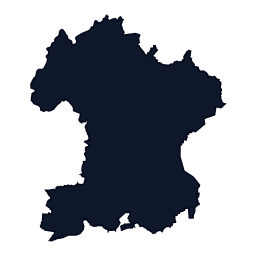 Tepatitlán de Morelos, Jalisco, Mexico
{"feature_id": "50627088B2236724736063", "entity_name": "Tepatitlán de Morelos", "entity_type": "district", "adm_level": 2, "iso_a3": "MEX", "parent_name": "Mexico", "parent_adm1": "Jalisco", "projection": "natural_earth1", "projection_center": [-102.733, 20.817], "detail": "fine", "context": "isolated", "style": "filled", "palette": "ink", "viewbox_px": 256, "rotation_deg": 0, "n_neighbors": 0, "source": "geoboundaries", "source_scale": "gbopen_adm2", "svg_char_len": 5699}
<svg xmlns="http://www.w3.org/2000/svg" viewBox="0 0 256 256"><path d="M46.4,205.0L46.5,205.6L50.1,208.1L50.3,209.2L51.7,209.3L52.1,214.4L48.8,213.0L48.2,214.5L42.9,214.1L42.4,222.1L41.5,222.4L41.6,224.2L40.6,225.6L40.7,227.0L42.0,226.7L42.4,228.6L44.2,228.7L44.9,230.0L55.2,231.6L54.5,232.8L54.5,234.1L52.6,235.7L52.3,237.3L51.9,237.2L49.5,240.5L52.5,240.6L53.7,239.4L54.5,239.7L58.5,237.9L58.9,238.3L63.2,237.4L68.2,235.0L76.2,235.0L80.2,233.3L83.2,229.4L83.7,226.2L82.6,222.4L82.9,219.7L84.2,219.9L84.6,218.8L85.3,218.5L86.0,218.8L85.6,219.5L87.5,220.4L88.6,222.2L90.1,223.2L90.3,224.6L92.1,225.5L92.8,225.3L93.2,226.1L94.3,225.5L94.7,226.2L97.7,225.7L98.3,224.9L98.9,225.4L99.6,224.9L100.0,225.7L102.1,225.5L104.4,228.1L108.1,229.8L108.3,231.2L109.1,229.9L110.8,230.3L114.1,230.0L114.3,229.3L115.4,230.5L115.4,229.5L118.3,225.7L119.9,222.7L118.8,221.1L118.4,218.7L125.9,211.9L126.1,212.4L128.3,212.5L130.3,211.9L130.1,214.3L128.1,217.9L128.3,218.7L130.0,219.9L129.2,221.0L131.1,222.3L131.0,222.9L129.7,224.5L128.2,223.9L126.7,224.4L124.7,224.1L123.9,225.3L122.5,225.3L120.9,226.3L121.6,230.2L127.4,227.9L132.2,227.8L132.5,225.8L133.5,225.8L133.4,226.6L134.2,226.8L133.9,226.3L134.0,223.9L137.3,222.5L139.4,224.6L140.1,226.4L142.5,226.0L146.8,228.7L148.1,230.1L149.5,229.8L150.3,231.2L151.4,231.6L153.1,233.4L154.0,232.7L155.1,233.0L156.4,231.4L159.2,230.3L161.0,230.6L162.2,231.5L163.1,229.3L165.1,227.2L168.3,225.9L170.0,227.1L170.5,225.2L172.0,225.6L172.3,222.7L175.3,222.3L175.6,221.5L174.9,220.2L174.7,217.3L174.2,216.7L175.0,215.7L177.0,215.1L178.1,213.0L179.3,213.2L179.4,211.9L180.4,211.8L180.7,210.9L181.8,211.4L184.5,210.2L184.4,208.5L187.5,208.2L188.0,207.6L188.6,207.7L189.3,217.9L193.0,218.0L193.5,213.3L194.2,213.1L194.6,211.7L194.8,209.0L194.3,208.2L194.7,207.7L194.3,207.5L195.7,206.8L195.5,206.2L195.9,205.7L197.3,205.6L197.4,204.8L199.1,204.4L199.1,203.5L197.6,202.2L197.9,201.3L196.9,198.7L198.5,196.5L199.0,193.4L196.8,193.7L197.6,192.5L197.4,188.7L199.2,186.3L199.5,185.0L193.1,177.0L184.0,171.1L179.9,156.6L180.0,145.3L180.6,144.5L181.5,144.7L181.8,142.2L183.2,142.5L183.5,139.4L186.3,139.9L186.6,136.6L187.0,136.7L186.3,135.1L188.6,134.2L189.0,132.1L191.2,132.4L191.2,131.4L192.3,131.5L192.4,130.5L194.5,130.7L194.4,131.6L195.5,131.6L204.6,124.0L203.8,119.2L205.3,118.0L214.6,114.8L215.8,106.7L221.2,107.6L225.1,103.9L223.4,103.6L222.0,102.3L220.5,98.3L220.7,96.8L220.0,96.1L221.1,93.8L220.5,92.4L221.4,89.9L219.9,86.9L220.7,85.2L220.6,82.5L218.2,80.4L218.9,79.7L216.0,78.7L215.5,77.2L214.9,77.3L214.1,76.5L213.1,77.2L209.0,76.2L208.0,76.8L207.5,74.1L206.8,73.9L206.4,73.0L204.5,71.6L203.7,72.0L203.1,71.0L202.3,71.7L201.1,71.1L200.3,71.7L199.1,70.4L200.0,70.4L198.6,70.1L198.1,67.4L194.2,66.5L194.0,64.3L191.7,61.6L191.1,59.5L191.4,58.8L190.4,58.1L189.3,56.3L190.1,55.3L190.6,51.0L188.9,50.5L187.0,51.8L184.1,56.3L184.3,57.1L183.4,57.3L184.0,57.3L184.3,59.5L182.9,59.9L182.8,61.1L179.5,62.1L176.5,61.3L174.2,62.4L173.2,64.3L170.8,64.1L169.0,65.4L163.0,64.8L159.9,62.8L157.0,62.8L157.4,60.4L155.2,59.3L154.8,57.4L151.8,56.5L157.3,50.0L156.2,49.1L155.1,45.6L153.7,45.8L153.7,48.2L150.9,48.3L151.2,49.8L150.3,50.5L150.1,51.7L149.1,52.4L148.8,53.4L147.9,53.1L147.5,54.9L146.6,55.6L144.3,53.7L143.4,51.5L142.7,51.2L139.1,46.6L139.2,45.9L137.7,45.7L137.8,43.6L139.3,42.4L138.4,41.0L138.9,40.7L138.4,37.2L139.4,36.5L139.6,34.9L135.4,33.6L122.6,35.2L124.0,32.3L122.2,29.3L121.9,27.1L121.0,27.0L121.3,26.2L120.8,24.5L121.3,24.1L121.4,22.7L121.9,22.5L121.6,21.8L123.1,19.8L121.4,18.7L120.6,16.9L119.1,17.8L117.7,20.9L115.4,18.6L112.2,19.3L109.3,20.9L107.2,18.6L108.0,16.5L106.5,15.4L105.2,17.7L105.4,18.9L103.6,18.6L102.7,21.5L101.6,21.8L99.9,23.6L99.3,22.6L97.2,22.8L97.1,21.3L95.6,20.8L95.0,21.4L93.4,27.0L91.4,27.1L91.1,28.4L89.4,30.5L82.4,33.4L76.5,36.8L75.6,38.5L76.5,39.9L76.9,42.8L75.9,43.8L73.2,44.9L71.7,44.3L71.9,42.5L70.9,40.7L68.2,39.5L66.7,35.3L65.5,34.4L64.7,32.3L62.7,29.8L61.4,29.6L59.7,31.4L59.5,33.6L58.6,36.1L55.9,37.9L54.8,39.5L55.0,41.9L52.2,43.2L50.7,47.3L47.9,47.9L46.9,48.9L47.2,49.9L48.7,50.9L48.6,54.1L46.4,56.1L46.5,57.1L47.6,58.3L47.6,59.7L46.9,62.8L44.1,68.2L42.2,69.7L39.2,69.4L37.8,70.1L36.9,71.5L36.0,75.7L34.7,77.9L33.8,78.4L31.4,83.0L30.9,84.6L31.2,88.0L34.6,89.2L35.5,90.3L35.3,91.2L34.3,92.4L32.2,93.6L31.3,100.1L34.1,103.6L39.4,105.8L40.7,107.8L40.8,110.0L43.8,111.3L46.3,110.1L48.7,111.0L49.6,110.5L50.4,110.7L54.0,108.8L54.0,108.1L55.7,106.6L56.3,105.4L60.7,101.9L61.2,99.7L63.7,100.9L65.5,99.4L68.6,101.3L69.0,100.9L70.2,103.3L71.9,104.9L73.6,107.7L73.6,110.6L80.6,113.4L79.9,117.6L78.9,119.7L79.9,121.5L81.8,122.8L82.2,121.4L83.6,121.2L83.4,121.6L84.9,121.9L86.2,119.9L87.4,120.4L87.6,121.8L87.2,122.4L87.6,123.1L86.6,124.8L85.7,125.2L86.1,126.3L85.3,127.0L85.9,127.9L86.0,129.7L87.4,129.8L86.5,131.4L87.7,132.3L87.5,134.0L88.8,134.9L88.5,135.4L89.3,138.1L88.7,139.4L89.5,140.0L88.6,140.5L88.1,140.1L87.0,141.2L85.3,141.1L84.7,141.9L87.6,143.5L89.6,146.6L87.1,146.8L87.5,147.8L85.6,147.6L85.6,150.0L86.1,149.9L86.3,151.4L84.6,153.8L86.5,158.3L86.1,161.6L83.5,161.6L83.6,163.5L82.6,165.4L82.1,168.3L82.0,171.0L82.9,172.3L82.3,173.9L80.7,174.5L81.6,174.9L82.2,176.5L84.3,176.8L84.7,177.4L85.5,176.9L85.2,178.6L85.7,179.5L84.6,180.5L85.0,181.6L84.2,182.6L84.5,183.6L81.5,184.8L77.8,184.0L77.5,183.4L77.1,185.2L76.3,185.5L76.1,184.9L74.7,186.0L72.1,185.9L71.3,185.4L70.0,186.0L68.0,185.1L66.9,186.0L64.5,185.7L63.2,187.2L61.1,186.4L60.6,187.0L57.9,186.6L56.1,187.7L56.3,189.2L55.5,189.9L53.5,189.4L51.9,190.2L51.1,189.7L50.4,190.3L45.7,190.3L46.9,191.9L47.6,191.9L47.9,193.6L48.8,193.6L48.8,195.0L50.5,196.4L50.8,199.1L50.5,199.8L49.4,199.7L48.3,200.6L47.1,202.7L47.4,203.9L46.4,205.0Z" fill="#0f172a" stroke="#020617" stroke-width="1.5"/></svg>